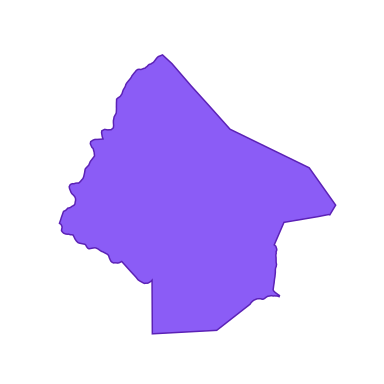 the district of San Juan Bautista Tlacoatzintepec, Oaxaca, Mexico, rotated 166°
{"feature_id": "50627088B3977651749466", "entity_name": "San Juan Bautista Tlacoatzintepec", "entity_type": "district", "adm_level": 2, "iso_a3": "MEX", "parent_name": "Mexico", "parent_adm1": "Oaxaca", "projection": "natural_earth1", "projection_center": [-96.578, 17.87], "detail": "fine", "context": "isolated", "style": "filled", "palette": "violet", "viewbox_px": 384, "rotation_deg": 166, "n_neighbors": 0, "source": "geoboundaries", "source_scale": "gbopen_adm2", "svg_char_len": 2926}
<svg xmlns="http://www.w3.org/2000/svg" viewBox="0 0 384 384"><g transform="rotate(166 192 192)"><path d="M242.7,300.3L243.1,298.9L243.7,296.9L244.4,294.2L244.8,292.7L245.2,290.9L246.0,288.2L246.5,286.8L249.4,283.7L250.3,281.7L251.0,280.3L251.5,278.3L252.0,275.4L252.8,273.3L255.4,272.0L256.9,272.3L258.9,272.7L261.6,273.9L264.7,273.2L265.4,271.5L265.7,267.5L265.5,265.0L266.5,265.1L271.0,265.9L273.5,266.5L275.4,266.3L278.1,265.4L279.0,263.4L278.6,260.9L278.3,259.5L277.4,258.1L277.4,255.6L277.3,254.4L277.9,250.5L283.3,246.2L285.7,243.0L288.8,241.1L290.1,240.1L291.0,238.0L291.6,236.6L292.2,235.4L293.3,233.2L294.6,231.4L295.7,230.7L297.6,229.3L299.7,228.1L302.3,228.7L304.7,228.6L306.1,229.0L307.4,228.9L308.5,228.5L309.9,226.8L310.0,224.8L309.8,223.5L309.5,221.1L309.0,219.5L307.7,217.5L306.9,215.8L306.6,214.1L306.9,212.3L307.8,210.4L308.5,208.7L309.7,207.7L312.3,207.0L313.7,206.4L315.4,206.3L316.4,206.4L318.5,205.0L320.0,204.5L321.3,204.3L322.5,202.6L323.1,201.6L324.2,200.0L325.1,198.6L326.1,196.9L327.0,195.5L328.2,193.7L326.9,192.2L326.7,191.3L326.5,189.8L326.8,188.6L327.4,187.6L328.0,186.0L327.3,184.3L326.5,183.1L324.9,181.9L323.2,181.2L322.0,181.0L320.4,180.0L318.9,179.6L317.8,179.0L317.4,177.3L316.9,174.7L316.0,172.3L314.8,170.4L313.6,169.6L308.6,167.2L307.9,166.2L307.5,164.4L306.7,162.7L305.7,161.8L302.0,161.6L299.7,161.4L298.6,160.8L297.0,159.5L295.4,157.6L294.2,156.3L293.1,155.6L292.0,154.6L289.0,151.9L288.3,150.4L288.2,148.9L288.1,147.7L287.8,146.1L287.4,144.4L286.5,143.1L285.2,142.1L284.0,142.0L282.2,141.4L281.2,141.0L279.6,141.0L278.3,141.3L277.0,141.6L270.2,128.8L266.9,122.8L266.1,121.0L265.6,119.9L264.2,118.3L261.4,115.7L260.3,114.8L259.0,114.7L257.0,114.2L254.7,114.8L253.2,115.4L252.1,116.1L264.8,64.0L201.5,51.8L164.3,68.4L162.9,69.0L161.5,70.3L159.7,71.4L158.0,72.1L154.8,72.6L152.5,72.2L151.2,71.8L149.9,71.0L148.8,70.8L147.4,71.1L145.9,71.8L143.8,72.5L141.6,72.3L140.3,72.3L138.2,71.4L137.1,71.3L135.7,70.8L134.5,70.5L132.8,69.4L132.2,70.4L133.7,72.1L135.8,74.7L136.8,76.4L136.9,77.6L136.1,79.6L135.2,81.9L134.3,84.0L133.1,87.3L132.0,89.8L130.6,93.7L129.9,96.5L129.2,98.2L128.4,99.2L127.5,101.3L127.4,103.4L127.1,104.6L126.7,106.3L126.3,108.0L126.1,109.6L125.8,110.8L125.1,112.2L124.9,113.6L123.9,115.0L123.6,116.0L123.8,119.1L125.0,120.8L110.1,140.3L75.3,137.6L65.1,137.1L63.8,136.5L55.8,144.5L72.4,187.1L139.9,243.7L155.1,272.6L167.3,295.4L180.4,321.4L187.4,332.1L187.5,332.2L189.2,331.9L191.8,331.6L192.9,331.1L194.2,330.2L195.3,329.3L196.5,328.3L198.1,327.1L199.6,326.7L201.2,326.1L202.6,326.2L204.0,325.5L205.3,324.6L206.5,324.2L207.6,323.5L208.9,323.6L210.5,323.3L212.0,323.2L213.7,323.9L215.2,324.0L216.7,323.4L218.2,322.2L219.5,321.3L220.5,320.5L222.2,319.2L222.9,318.3L224.2,317.1L227.2,314.9L228.9,313.6L230.2,312.3L230.9,311.0L231.9,309.8L233.9,307.8L234.8,306.5L236.1,304.3L238.5,302.1L241.1,301.2L242.7,300.3Z" fill="#8b5cf6" stroke="#5b21b6" stroke-width="1.5"/></g></svg>